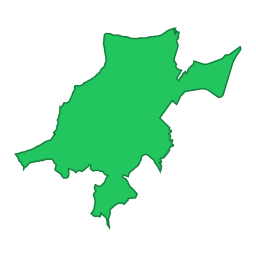 outline of Puerto Colombia, Atlántico, Colombia
{"feature_id": "7082276B53697702098906", "entity_name": "Puerto Colombia", "entity_type": "district", "adm_level": 2, "iso_a3": "COL", "parent_name": "Colombia", "parent_adm1": "Atlántico", "projection": "equal_earth", "projection_center": [-74.901, 10.997], "detail": "fine", "context": "isolated", "style": "filled", "palette": "green", "viewbox_px": 256, "rotation_deg": 0, "n_neighbors": 0, "source": "geoboundaries", "source_scale": "gbopen_adm2", "svg_char_len": 5757}
<svg xmlns="http://www.w3.org/2000/svg" viewBox="0 0 256 256"><path d="M173.6,28.5L171.2,29.2L167.8,30.6L162.5,34.4L160.3,35.5L156.8,36.3L155.1,36.5L153.9,36.3L152.1,37.0L150.2,36.8L144.9,38.3L141.6,37.9L139.5,38.0L138.4,38.4L136.3,38.6L132.2,38.5L130.1,38.1L126.7,36.7L123.1,36.7L118.2,35.2L113.2,35.2L112.2,34.6L111.3,34.5L110.7,33.8L106.7,33.5L105.2,33.9L104.3,35.5L104.3,36.7L104.1,37.3L103.9,41.0L103.5,44.3L103.7,45.1L104.1,45.9L104.9,51.8L105.8,56.6L106.1,60.1L106.0,61.7L105.2,63.0L104.8,65.2L104.4,66.3L104.2,66.7L102.5,68.0L101.7,68.9L100.8,70.1L99.7,72.3L96.6,74.8L95.1,76.6L90.8,79.6L88.6,80.5L86.4,82.0L83.6,83.2L83.6,83.8L83.7,84.2L81.1,85.4L78.2,86.0L77.2,85.7L76.0,85.6L74.7,86.3L74.6,86.7L74.9,87.0L74.5,88.0L74.8,88.3L74.9,89.1L73.8,91.2L73.1,92.1L72.6,93.2L72.4,94.6L69.2,101.5L68.3,102.2L65.8,103.2L64.1,102.7L63.7,103.2L63.3,104.6L61.9,106.2L60.7,107.6L60.4,107.6L60.1,107.3L60.2,107.8L59.8,109.7L60.0,110.7L59.8,111.3L59.7,111.4L60.0,112.1L59.9,112.8L59.1,115.0L58.9,115.2L58.8,117.0L58.5,118.2L57.4,119.8L57.5,120.8L58.2,121.5L58.4,121.9L58.3,122.8L58.0,124.0L57.2,125.4L56.8,126.7L57.0,127.0L57.0,127.4L56.8,128.8L55.2,131.2L53.8,132.2L53.6,132.5L54.0,133.5L55.4,134.0L55.3,134.4L53.8,135.4L51.5,139.1L50.8,139.8L45.0,141.9L39.7,145.4L36.8,146.5L35.8,147.2L32.0,149.4L28.4,150.4L24.7,151.8L21.0,152.5L19.2,153.3L15.4,154.1L18.0,157.6L19.1,160.8L19.9,161.8L21.1,162.2L21.5,162.9L21.7,164.1L22.2,165.0L22.9,165.5L23.7,167.0L23.8,167.4L23.6,168.7L23.7,169.3L24.0,168.8L24.1,168.0L26.9,166.1L28.6,163.7L30.8,162.5L33.1,161.9L34.4,162.0L35.6,161.3L38.3,161.3L40.3,160.5L41.1,160.6L42.1,159.9L42.3,160.6L45.9,159.4L46.5,158.9L47.5,159.3L52.2,159.0L54.7,163.4L55.5,163.6L56.0,164.3L56.1,165.2L56.0,166.2L54.9,169.4L55.8,170.6L58.9,172.6L61.0,174.3L62.0,176.2L63.6,178.0L66.5,177.9L67.5,177.6L68.1,176.9L68.8,175.1L68.9,174.4L68.7,170.9L68.4,168.6L73.5,170.5L74.5,171.2L75.7,172.5L76.2,172.5L77.5,171.0L78.7,170.5L80.0,170.6L81.5,171.4L82.0,171.4L84.2,169.8L87.1,167.2L88.2,166.5L89.4,164.7L90.9,165.8L90.4,167.4L90.5,168.7L91.1,169.5L92.5,170.5L93.6,171.0L95.5,170.2L98.2,170.3L99.1,170.5L99.5,171.0L99.8,171.2L101.1,171.2L102.3,171.4L103.3,172.1L104.5,174.1L105.9,174.9L107.8,175.5L105.7,179.1L105.0,181.3L104.5,182.3L103.9,183.2L102.7,183.9L101.1,186.0L100.1,186.3L98.3,186.3L95.4,184.7L94.9,185.8L94.5,187.0L94.6,188.7L95.0,189.8L96.0,190.9L93.8,193.8L93.6,194.4L93.5,195.1L95.0,199.4L95.2,201.4L94.9,204.2L94.2,207.8L93.8,209.4L92.5,212.0L91.1,213.6L92.3,214.5L93.4,215.7L94.5,216.2L95.8,216.4L97.8,216.1L100.0,216.8L101.1,213.1L102.2,214.7L103.4,215.3L103.8,215.9L104.6,216.2L105.2,216.6L105.9,218.0L106.5,218.6L107.3,221.9L107.1,223.7L107.2,224.3L109.4,227.6L109.4,226.5L108.9,225.1L108.6,221.1L108.4,220.7L108.3,219.8L108.5,218.9L108.9,217.8L109.8,214.4L110.2,213.5L110.0,210.5L110.4,209.5L110.8,209.0L111.7,208.2L112.1,207.7L112.6,207.6L113.0,206.9L114.0,206.2L114.6,205.4L118.8,203.1L122.2,203.1L122.8,203.3L123.4,204.0L124.0,204.2L124.6,203.4L125.4,203.2L125.6,202.3L126.8,201.6L127.1,200.4L127.9,200.3L128.1,199.7L128.1,198.9L128.3,198.4L135.5,197.8L137.2,194.1L132.7,188.9L130.1,186.7L129.0,184.8L127.6,181.6L126.0,179.2L124.9,178.4L123.9,178.3L122.4,177.0L123.3,175.0L128.2,176.6L128.2,176.1L129.4,172.7L138.2,165.3L139.6,162.7L140.7,160.2L141.8,156.2L144.6,154.6L147.3,154.6L154.3,160.6L154.7,162.5L157.5,166.1L160.0,171.0L160.2,171.3L160.2,170.9L160.3,171.0L160.8,170.3L161.0,169.4L161.4,166.4L161.4,165.4L160.6,164.5L160.3,163.6L159.1,162.9L159.0,162.6L159.1,162.3L159.8,162.3L160.6,162.6L160.8,162.2L161.1,162.4L161.5,161.7L161.1,160.9L160.5,160.1L160.4,159.5L159.9,159.2L160.7,158.5L161.2,158.6L161.5,158.0L161.7,157.8L161.9,158.0L162.0,157.6L162.4,157.7L162.7,158.0L163.4,157.3L163.7,157.2L164.1,157.5L164.8,156.9L165.0,156.2L164.8,156.1L164.7,155.1L165.5,155.1L166.6,154.7L166.8,154.3L166.7,153.8L167.5,153.1L167.8,153.1L167.9,152.9L167.8,152.4L168.0,152.3L168.1,151.8L168.3,151.8L168.2,151.1L168.5,151.1L168.7,150.9L169.4,150.7L169.6,150.2L169.2,149.6L169.2,149.1L170.0,147.8L170.3,147.1L171.2,146.4L173.0,146.2L173.4,145.1L173.3,144.9L172.1,144.3L171.6,143.4L171.9,142.5L172.6,141.1L172.6,140.5L172.2,139.8L171.7,139.7L170.0,140.8L169.7,140.4L169.5,139.8L169.9,138.6L170.3,137.7L170.5,136.3L170.3,135.7L169.9,134.9L169.9,134.5L169.3,134.5L169.1,134.3L168.8,133.5L169.3,132.9L169.7,132.9L170.9,132.0L171.2,131.6L171.1,131.1L171.4,130.8L171.4,130.6L170.8,130.3L170.2,130.7L169.5,130.4L169.2,129.5L169.2,129.1L169.5,128.3L169.8,127.9L159.7,118.0L172.3,100.5L173.8,102.1L176.6,104.4L177.2,103.4L178.5,100.4L179.2,99.5L180.3,96.6L180.7,96.0L182.7,94.1L184.1,92.6L184.2,92.3L184.2,91.6L202.0,88.7L205.1,88.9L208.1,90.0L218.2,97.2L219.7,97.4L222.2,96.1L223.1,94.9L230.6,69.9L232.1,64.8L232.9,62.5L234.7,58.7L236.2,56.0L240.2,50.3L240.6,49.3L240.6,47.9L240.1,46.8L229.3,54.6L228.5,54.9L225.9,55.0L225.1,55.3L223.1,57.9L221.8,58.9L207.2,64.2L205.9,64.3L203.2,64.1L194.1,61.1L193.2,64.9L192.9,64.8L191.8,65.5L191.5,66.0L191.0,66.2L188.4,69.2L186.5,73.8L185.3,71.5L183.4,73.7L183.3,73.4L182.6,74.4L182.0,75.9L180.5,77.6L180.4,77.5L178.9,80.6L176.6,78.5L181.5,70.3L177.7,69.2L177.1,68.7L176.0,67.1L175.7,66.2L176.1,65.0L176.5,64.5L174.7,61.3L174.4,61.3L174.0,60.9L174.7,56.3L175.0,56.1L175.2,55.4L177.8,46.9L178.0,45.4L178.0,44.6L177.2,43.1L176.5,40.4L176.7,39.7L178.0,38.7L178.4,38.1L178.6,37.2L177.9,36.8L178.2,36.3L178.1,36.0L178.4,35.3L178.2,35.1L178.9,33.5L179.1,32.3L178.7,32.0L178.1,32.2L177.5,32.0L177.3,32.2L177.1,32.1L176.5,30.9L176.0,30.9L175.5,32.5L175.6,33.3L174.9,34.3L174.5,33.6L174.5,32.8L175.5,31.4L175.4,30.8L175.8,30.4L175.3,30.0L174.4,30.9L174.2,30.7L174.2,30.4L174.7,29.7L175.0,29.6L175.0,29.1L175.4,28.4L174.8,28.5L173.7,29.2L173.5,28.7L173.6,28.5Z" fill="#22c55e" stroke="#15803d" stroke-width="1.5"/></svg>